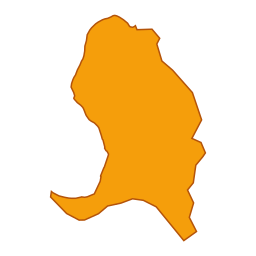 Livingston, Kentucky, United States of America (Natural Earth projection)
{"feature_id": "52423323B40922319386864", "entity_name": "Livingston", "entity_type": "district", "adm_level": 2, "iso_a3": "USA", "parent_name": "United States of America", "parent_adm1": "Kentucky", "projection": "natural_earth1", "projection_center": [-88.42, 37.204], "detail": "fine", "context": "isolated", "style": "filled", "palette": "amber", "viewbox_px": 256, "rotation_deg": 0, "n_neighbors": 0, "source": "geoboundaries", "source_scale": "gbopen_adm2", "svg_char_len": 1320}
<svg xmlns="http://www.w3.org/2000/svg" viewBox="0 0 256 256"><path d="M84.5,220.0L98.5,213.7L107.6,206.0L121.0,203.1L132.5,198.8L143.3,200.3L156.2,206.8L183.8,240.6L196.5,231.5L189.3,217.4L193.6,202.9L187.5,190.0L193.3,182.8L195.8,165.2L202.9,156.6L205.4,152.9L201.0,142.5L191.9,138.4L201.6,119.9L192.4,92.6L172.6,70.2L161.9,61.0L156.8,44.0L159.7,38.3L152.0,29.2L137.0,29.7L135.4,25.7L134.1,26.7L132.5,27.3L130.2,26.8L129.3,26.0L127.6,23.2L123.5,19.8L119.5,17.2L116.8,15.9L114.8,15.4L113.1,15.7L112.4,16.1L110.8,17.0L107.8,18.3L104.9,18.9L102.4,19.8L98.0,22.2L95.6,23.9L91.5,27.9L89.8,30.1L87.2,34.8L86.4,40.8L84.9,46.1L84.7,51.1L83.9,55.8L82.9,58.9L81.5,61.2L80.0,64.9L77.4,69.9L75.5,75.0L74.0,77.3L72.9,79.7L71.6,83.6L71.1,87.1L73.7,92.5L74.7,95.9L73.8,98.2L74.3,99.2L77.3,102.6L80.7,105.2L82.8,107.4L83.7,109.1L85.9,114.8L86.5,115.9L89.1,119.6L91.1,121.1L94.4,122.9L97.7,126.2L98.9,128.0L101.3,135.4L102.3,139.1L103.0,140.0L104.8,147.1L104.6,148.1L105.6,150.0L106.2,150.8L107.0,151.3L108.5,154.0L108.3,155.3L104.3,167.2L103.8,167.9L100.6,175.9L100.6,176.3L101.0,176.6L100.2,181.3L94.3,193.9L87.3,196.8L84.6,197.3L81.6,196.9L81.5,197.0L75.7,198.3L71.7,198.3L68.8,198.1L64.6,197.3L59.0,195.9L53.0,192.8L51.4,191.5L50.6,197.0L66.6,213.5L79.1,220.1L84.5,220.0Z" fill="#f59e0b" stroke="#b45309" stroke-width="1.5"/></svg>